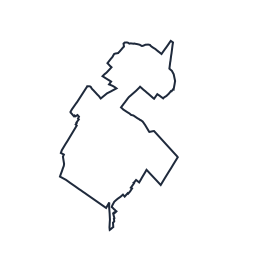 the district of Chiautla, México, Mexico, rotated 211°
{"feature_id": "50627088B23878207605719", "entity_name": "Chiautla", "entity_type": "district", "adm_level": 2, "iso_a3": "MEX", "parent_name": "Mexico", "parent_adm1": "México", "projection": "natural_earth1", "projection_center": [-98.884, 19.571], "detail": "fine", "context": "isolated", "style": "outline", "palette": "slate", "viewbox_px": 256, "rotation_deg": 211, "n_neighbors": 0, "source": "geoboundaries", "source_scale": "gbopen_adm2", "svg_char_len": 5017}
<svg xmlns="http://www.w3.org/2000/svg" viewBox="0 0 256 256"><g transform="rotate(211 128 128)"><path d="M91.2,31.3L90.6,32.7L90.0,34.6L89.6,35.5L91.4,38.1L92.1,39.1L91.9,39.9L91.7,40.8L92.7,42.2L93.4,43.0L93.2,43.7L95.2,45.6L96.1,46.5L96.8,47.2L96.4,48.3L95.8,47.9L95.6,48.5L95.5,48.8L95.3,49.3L95.2,49.8L95.1,50.1L95.0,50.6L96.1,50.7L96.9,51.0L97.7,51.2L98.4,51.2L98.9,51.4L99.6,51.6L100.1,51.7L100.8,51.8L101.0,51.8L101.3,51.9L101.6,53.6L101.6,53.8L101.7,55.3L101.7,55.9L101.8,57.7L101.7,58.0L101.2,59.7L100.7,61.2L100.3,62.3L99.5,64.1L99.2,64.7L99.0,65.2L98.9,65.5L98.0,68.3L95.5,67.5L95.1,69.8L94.7,71.9L94.1,71.7L93.8,73.2L93.6,74.3L93.5,75.2L93.5,75.5L93.5,76.0L93.4,78.3L94.8,78.3L94.7,79.5L94.5,81.8L94.4,83.6L94.4,84.0L94.9,84.1L94.8,84.3L94.3,87.6L91.0,87.2L90.4,87.1L90.4,90.0L90.5,93.0L90.5,95.9L90.5,98.8L90.6,101.7L90.2,101.6L89.2,101.3L88.4,101.1L86.7,100.6L86.1,100.4L85.0,100.1L80.4,98.8L77.2,97.9L70.6,96.0L70.6,103.5L70.6,103.8L70.5,111.5L70.5,111.8L70.4,115.8L70.4,117.4L70.4,118.0L70.4,120.3L70.3,128.6L71.6,129.1L72.9,129.5L73.3,129.6L77.4,130.8L80.7,131.8L104.1,138.8L104.8,138.3L107.7,135.6L107.8,135.6L114.9,139.4L116.3,140.0L117.1,140.4L118.4,140.9L118.7,141.1L121.2,141.3L121.3,141.2L121.5,141.1L122.4,141.2L123.5,141.3L124.7,141.2L129.4,141.5L129.5,141.5L129.8,141.5L130.2,141.4L132.1,140.8L134.2,141.2L134.3,141.2L136.7,141.2L139.0,141.3L141.6,141.4L141.9,141.5L144.3,142.0L144.6,142.1L144.5,142.5L144.5,143.3L144.3,144.7L144.2,146.1L143.8,149.2L143.8,149.8L143.7,150.5L143.5,152.4L143.5,152.8L143.2,154.9L143.0,155.6L142.3,157.6L142.1,158.3L140.6,162.9L140.2,164.2L139.1,168.5L138.9,169.6L138.4,169.5L136.5,169.2L135.8,169.0L133.4,168.6L132.3,168.5L131.3,168.3L129.2,167.9L128.8,167.9L126.0,167.4L125.5,167.3L125.4,167.3L124.9,167.2L121.1,166.5L120.8,166.5L120.7,166.5L120.3,172.1L119.1,172.0L118.7,172.0L117.7,172.0L116.4,171.8L115.2,171.7L114.0,171.6L113.1,171.5L113.0,172.1L113.0,172.3L112.8,172.8L112.7,173.1L112.5,173.5L112.1,174.2L111.8,174.8L111.6,175.1L111.2,176.6L110.8,178.0L110.7,178.2L110.6,179.2L110.5,179.6L110.2,181.8L109.6,181.9L109.5,182.7L109.4,183.4L109.3,184.6L108.8,184.6L109.1,185.4L109.4,186.2L109.8,187.3L110.7,189.7L111.8,192.4L111.8,192.5L116.5,197.6L118.5,198.8L119.2,199.2L119.5,199.4L119.8,199.6L120.4,199.7L121.7,199.9L122.6,200.1L123.1,200.2L124.8,204.1L125.7,206.1L126.0,206.9L126.0,207.0L127.1,209.5L128.2,212.0L129.2,214.5L130.3,217.0L131.4,219.5L132.5,222.0L133.5,224.5L136.2,224.7L136.3,223.7L136.4,222.1L136.4,221.8L136.4,221.0L136.5,220.7L136.5,220.3L136.5,220.0L136.8,216.0L136.8,215.8L136.9,215.5L136.9,215.4L136.9,215.2L137.3,210.3L137.3,210.0L137.4,208.9L137.4,208.7L140.4,209.1L141.3,209.2L141.7,209.2L141.8,209.3L142.1,209.3L143.6,209.5L145.2,209.8L145.3,209.8L145.5,209.8L146.9,209.8L147.0,209.8L147.4,209.8L147.9,209.8L149.3,209.9L149.6,209.9L150.9,210.1L152.0,210.5L153.7,209.9L154.7,209.2L155.9,208.4L157.1,206.7L157.5,206.2L157.9,205.8L158.5,205.4L160.8,205.4L162.2,205.0L163.7,204.5L164.4,204.2L165.9,203.7L166.2,203.6L166.4,203.2L166.8,203.1L167.5,202.7L169.2,202.0L170.3,201.0L171.8,201.1L172.9,200.8L174.0,200.1L174.8,199.6L175.0,199.0L175.3,198.1L173.4,195.7L173.8,194.1L174.1,192.1L174.5,189.7L174.6,189.1L174.7,188.8L174.9,188.0L175.0,187.5L175.0,187.2L176.0,186.3L177.2,185.3L178.0,184.3L178.0,183.7L178.0,182.5L177.9,181.4L178.0,180.2L178.3,178.7L179.0,173.0L178.3,172.8L176.8,172.4L175.6,172.0L175.4,172.0L175.1,171.9L173.7,171.7L173.4,171.6L173.9,169.2L174.9,164.5L175.5,162.8L175.6,162.7L176.0,161.4L176.5,159.3L173.7,159.2L167.7,159.1L166.4,159.1L166.7,155.6L165.0,155.9L162.8,156.2L161.6,156.2L161.0,156.2L160.4,156.2L158.3,156.0L159.6,153.8L160.9,151.7L161.0,151.4L163.2,147.9L163.8,147.0L163.9,146.7L165.4,142.5L165.9,141.1L166.4,139.7L166.6,139.2L166.9,139.3L168.9,140.2L170.3,140.6L171.3,140.8L174.6,141.8L175.3,142.0L175.5,142.0L176.3,142.3L177.0,142.5L177.5,142.6L177.9,142.7L178.4,142.8L179.0,143.0L179.3,143.1L179.7,143.3L180.8,143.9L181.2,144.1L181.4,144.1L181.7,144.1L182.3,144.0L184.4,142.8L184.3,142.5L184.4,142.4L185.0,123.5L185.1,123.4L185.7,115.1L185.6,112.1L185.2,111.7L184.4,111.5L183.1,111.1L181.7,110.6L180.3,110.2L180.2,111.2L179.0,111.0L178.0,113.1L177.4,112.9L176.8,112.7L175.9,112.5L175.7,110.3L174.6,110.0L174.8,108.2L175.0,106.1L174.5,105.9L174.7,104.1L173.2,103.7L173.2,101.1L173.2,98.5L173.2,95.8L173.2,93.2L173.2,90.6L173.2,88.0L173.2,85.4L173.3,82.7L173.3,80.1L173.3,77.5L173.3,74.9L172.7,72.0L169.3,72.2L169.0,69.9L167.4,68.0L165.9,66.2L164.3,64.3L164.0,63.6L163.5,62.4L163.0,59.6L162.4,56.9L161.9,54.1L161.3,51.3L159.1,51.4L156.8,51.5L154.5,51.6L150.8,51.3L150.0,51.2L146.8,51.0L143.6,50.8L141.1,50.6L138.6,50.4L136.0,50.3L133.7,50.1L131.3,50.0L129.0,49.8L125.9,49.6L122.9,49.4L120.0,49.2L117.1,49.0L114.2,48.8L111.3,48.6L108.5,48.4L105.6,48.2L105.7,53.6L105.8,54.5L105.6,54.2L105.2,53.7L103.6,50.7L102.9,49.7L102.0,48.5L100.8,46.8L99.6,45.1L97.6,42.1L96.2,40.0L95.4,38.4L93.6,35.0L93.1,34.0L93.0,33.9L92.7,33.3L91.6,31.8L91.2,31.3Z" fill="none" stroke="#1e293b" stroke-width="2"/></g></svg>